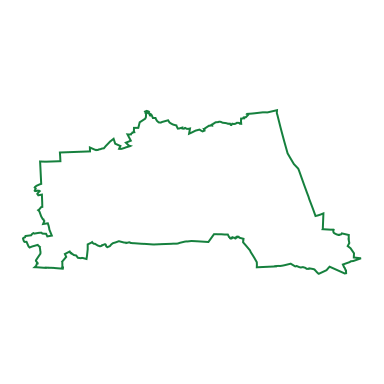 outline of Jaunpils pag., Jaunpils, Latvia
{"feature_id": "27541924B39343861485038", "entity_name": "Jaunpils pag.", "entity_type": "district", "adm_level": 2, "iso_a3": "LVA", "parent_name": "Latvia", "parent_adm1": "Jaunpils", "projection": "robinson", "projection_center": [22.962, 56.749], "detail": "fine", "context": "isolated", "style": "outline", "palette": "green", "viewbox_px": 384, "rotation_deg": 0, "n_neighbors": 0, "source": "geoboundaries", "source_scale": "gbopen_adm2", "svg_char_len": 5829}
<svg xmlns="http://www.w3.org/2000/svg" viewBox="0 0 384 384"><path d="M277.0,110.2L267.5,112.4L266.8,112.4L265.3,112.3L263.1,112.3L254.5,113.3L251.6,113.6L247.1,113.9L247.0,114.0L247.8,114.4L248.1,114.9L245.9,117.2L245.4,117.2L245.2,117.4L244.6,117.3L243.9,117.4L244.0,118.3L242.8,118.3L242.5,118.3L242.1,118.6L241.1,118.6L241.0,120.6L241.0,121.3L241.2,123.8L239.8,123.7L239.4,123.1L239.2,123.1L238.9,122.9L236.9,122.8L236.2,123.3L235.9,123.5L235.2,123.7L235.0,123.9L233.7,124.0L232.3,123.7L231.8,124.2L231.4,125.0L230.7,124.9L230.0,123.7L228.6,123.8L228.6,123.7L228.1,123.7L225.9,123.1L222.5,122.7L221.1,122.0L220.5,121.8L219.1,121.7L218.2,122.1L217.0,122.2L215.6,122.3L215.2,122.5L214.3,123.3L213.5,123.5L212.8,124.3L212.2,124.3L211.9,124.6L212.1,125.6L210.5,125.3L209.9,125.8L209.0,125.7L204.9,128.4L204.6,129.2L203.9,129.1L204.5,130.6L202.6,131.4L200.7,130.4L199.5,129.6L195.6,130.6L191.8,132.5L189.1,133.7L190.0,128.5L188.2,128.9L186.7,128.8L186.1,128.5L185.2,127.9L184.8,128.0L184.3,128.3L184.0,128.7L183.2,128.7L182.1,128.4L182.2,127.6L179.1,128.5L177.8,128.6L176.3,125.5L176.3,125.4L173.5,124.7L172.5,124.3L171.2,123.6L169.5,122.5L168.1,120.3L162.0,122.0L160.8,122.6L158.7,122.4L156.9,120.8L155.9,119.0L155.5,118.0L152.9,118.0L151.6,115.0L151.5,114.9L151.1,115.0L150.2,115.6L149.9,115.4L149.8,114.9L149.8,114.5L150.2,114.3L150.3,114.0L149.3,113.8L148.5,113.4L148.0,113.1L148.1,112.8L148.8,112.3L149.1,112.0L148.9,111.7L148.5,111.5L146.7,110.9L146.1,111.2L145.3,111.4L145.0,111.6L145.2,111.9L146.1,112.1L146.1,112.4L146.0,112.7L145.8,113.0L146.1,113.1L145.9,117.2L145.2,118.7L139.7,122.3L138.3,127.9L134.0,127.9L133.9,130.9L134.3,132.2L132.6,132.4L132.5,132.9L131.6,133.4L130.9,134.1L130.9,134.4L128.7,134.5L127.5,134.4L130.8,140.7L125.9,142.7L128.9,145.6L130.3,146.0L130.1,146.1L125.8,147.4L124.6,147.9L122.0,148.7L121.3,148.9L119.9,148.9L119.1,148.8L120.4,146.0L115.2,143.7L113.6,138.8L110.0,141.6L108.8,142.9L105.7,146.1L103.9,148.3L101.8,148.6L100.7,149.1L98.7,149.5L97.8,150.0L96.2,149.9L96.0,150.1L94.4,149.5L89.9,147.5L90.0,151.4L59.9,152.5L60.2,156.9L60.4,161.2L45.6,161.7L40.1,161.5L40.4,167.4L41.2,183.9L39.6,184.4L36.5,185.8L35.1,186.9L34.7,187.5L35.5,188.3L35.7,188.5L34.7,190.7L35.0,191.0L36.0,191.1L37.1,190.7L38.3,190.7L39.3,190.8L39.7,191.1L38.6,192.2L37.3,193.9L38.3,195.3L41.9,194.6L42.2,202.3L42.3,206.9L41.2,207.1L39.1,209.6L38.2,210.2L39.1,211.0L39.5,211.7L41.2,216.4L42.8,219.2L43.5,219.4L43.8,220.4L44.3,221.0L43.1,224.0L47.8,223.3L48.7,226.1L49.1,227.9L49.4,229.7L51.8,235.6L47.3,236.4L46.1,233.8L42.4,233.6L41.4,232.7L39.1,232.8L34.3,233.6L33.4,233.1L32.2,233.9L31.1,235.3L25.5,236.0L25.0,237.3L23.4,237.9L23.0,238.6L23.8,241.0L24.5,241.9L26.5,241.8L27.0,242.9L27.7,244.5L28.6,246.5L29.6,247.5L32.1,246.5L37.7,244.9L38.0,245.4L38.3,245.6L39.8,246.9L39.7,247.0L40.2,249.9L40.2,250.5L40.3,250.9L40.5,252.0L40.4,253.7L37.8,257.5L35.9,260.4L35.9,260.5L36.0,261.0L37.7,263.2L37.6,263.6L36.9,263.6L36.1,265.9L34.7,267.2L37.3,267.3L45.7,267.9L45.7,267.6L48.6,267.7L48.6,267.8L51.0,267.8L53.6,267.9L55.4,268.1L62.8,268.7L63.0,267.6L63.0,267.2L62.8,267.0L62.3,266.8L62.4,266.6L62.3,261.7L62.2,261.6L66.2,256.9L64.9,254.0L69.7,251.5L70.2,252.4L70.4,252.5L70.2,252.6L71.3,253.6L72.6,254.1L73.7,255.0L76.2,255.5L77.8,257.7L77.9,257.8L80.8,258.2L82.0,257.9L83.2,258.1L86.5,259.0L87.0,255.7L87.7,249.2L87.7,244.4L91.5,242.6L92.1,242.1L92.8,243.1L94.0,243.8L95.0,243.8L97.7,245.5L100.0,246.3L101.7,245.8L102.0,245.2L102.9,245.0L105.0,244.2L105.7,244.6L105.9,245.2L106.2,246.3L107.3,247.2L109.7,246.2L110.2,245.8L111.0,244.7L112.2,243.7L113.1,243.1L115.3,242.5L118.9,241.2L123.9,242.5L126.2,242.7L126.3,243.0L129.2,242.3L129.6,242.3L130.0,242.5L130.3,242.9L132.9,243.2L133.9,243.2L142.0,243.8L145.0,243.9L153.5,244.5L162.6,244.1L171.4,243.8L172.7,243.7L176.2,243.7L177.9,243.5L179.9,242.8L182.4,242.2L184.9,241.6L186.6,241.4L187.1,241.5L191.5,241.0L197.4,241.3L208.4,242.0L214.0,234.2L214.9,234.2L221.8,234.3L224.2,234.5L227.8,234.5L229.1,237.1L229.6,237.3L229.8,237.7L230.1,238.2L230.1,238.3L230.5,238.5L231.0,238.6L231.4,238.5L231.4,238.3L231.7,237.9L232.2,238.0L232.4,237.8L232.5,237.6L232.3,237.3L232.5,237.2L233.2,237.5L233.4,237.7L234.5,237.8L234.9,238.2L235.1,238.4L235.5,238.5L235.8,238.3L235.8,238.1L235.8,237.9L235.5,237.6L236.1,237.2L236.4,237.0L237.1,237.3L237.2,237.2L237.3,236.6L237.7,236.6L238.3,236.7L238.3,237.1L238.6,237.2L238.9,237.1L239.6,237.8L240.0,237.9L243.5,238.8L243.3,240.6L243.2,240.6L243.1,241.9L243.1,242.3L245.8,245.4L250.0,250.4L250.4,251.4L250.9,252.4L252.7,255.2L254.6,258.3L254.8,258.7L256.8,262.2L256.9,264.7L256.8,267.3L269.4,266.7L272.0,266.6L275.7,266.4L275.6,266.1L278.5,265.9L280.1,266.0L282.7,265.6L284.6,265.2L290.7,263.7L295.0,266.3L295.7,266.4L296.6,266.0L299.2,267.1L300.8,267.5L302.9,267.1L305.5,267.9L306.5,268.8L308.5,268.9L309.5,268.7L309.5,268.4L311.9,268.8L313.9,269.2L314.6,269.6L314.6,269.8L315.0,270.2L315.2,270.3L317.0,272.3L318.5,273.7L318.8,273.8L326.1,270.4L326.6,270.1L328.3,268.1L329.6,266.7L344.8,273.5L345.4,273.3L346.1,273.2L346.0,270.7L345.8,270.7L344.7,267.9L344.2,267.4L342.9,264.5L349.7,262.1L350.8,261.3L353.3,261.0L361.0,258.3L353.8,257.5L354.0,253.3L350.5,248.2L347.7,246.1L349.3,243.0L348.6,239.3L348.8,239.3L348.7,236.3L348.8,235.0L341.8,233.4L341.3,234.2L340.8,234.5L339.2,234.7L339.1,235.0L338.3,235.0L337.8,234.7L336.9,234.5L335.8,234.0L334.8,233.5L333.9,232.9L333.5,232.3L333.3,231.3L333.3,230.5L333.7,229.8L333.6,229.7L331.0,229.7L322.7,229.2L322.8,229.0L323.4,213.8L323.4,213.6L323.4,213.4L320.4,214.6L318.0,215.4L315.5,216.0L313.0,209.0L309.2,199.0L308.5,196.7L306.9,192.5L306.0,190.0L304.3,185.4L299.1,170.8L298.2,168.6L293.9,164.1L289.4,156.5L288.9,155.6L287.6,153.4L286.6,149.8L284.3,141.6L282.3,134.2L281.0,129.3L280.4,127.0L279.9,125.0L277.4,115.0L276.8,113.1L277.0,110.2Z" fill="none" stroke="#15803d" stroke-width="2"/></svg>